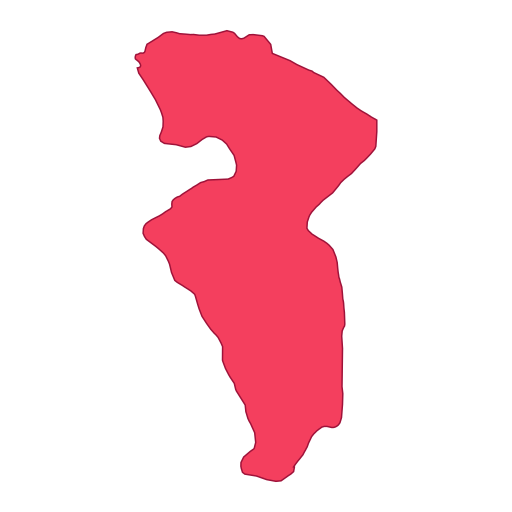 San Miguel Chicaj, Baja Verapaz, Guatemala (orthographic projection)
{"feature_id": "79465075B93573685997449", "entity_name": "San Miguel Chicaj", "entity_type": "district", "adm_level": 2, "iso_a3": "GTM", "parent_name": "Guatemala", "parent_adm1": "Baja Verapaz", "projection": "orthographic", "projection_center": [-90.423, 15.141], "detail": "fine", "context": "isolated", "style": "filled", "palette": "rose", "viewbox_px": 512, "rotation_deg": 0, "n_neighbors": 0, "source": "geoboundaries", "source_scale": "gbopen_adm2", "svg_char_len": 3515}
<svg xmlns="http://www.w3.org/2000/svg" viewBox="0 0 512 512"><path d="M137.3,67.9L138.8,73.2L143.3,79.9L150.4,91.3L155.4,99.6L160.4,109.8L161.5,112.8L162.9,117.2L163.2,121.2L163.0,126.9L161.3,132.1L159.8,135.7L159.5,138.3L160.8,141.2L164.4,143.4L176.2,144.7L185.4,147.2L190.9,146.5L196.8,143.6L202.2,139.4L206.6,136.8L208.9,136.4L216.1,137.0L222.3,140.1L226.7,144.1L229.6,148.8L234.1,155.4L236.0,162.6L236.6,165.2L236.2,171.3L233.8,176.3L232.0,177.4L228.1,179.1L207.8,180.0L204.2,181.6L200.6,182.6L196.6,185.2L193.1,187.2L191.4,188.5L190.0,189.3L182.4,194.2L179.7,196.3L177.3,197.0L175.1,198.3L173.3,199.8L172.1,201.5L171.8,204.1L172.0,206.9L170.5,208.8L165.6,211.7L162.6,213.9L159.3,215.9L155.8,217.6L151.5,219.8L147.8,222.3L146.0,223.7L144.3,226.0L143.4,228.6L143.1,233.3L144.5,236.5L146.3,239.3L155.8,246.4L158.8,248.9L163.4,253.0L165.7,255.8L168.5,261.5L169.5,264.0L170.1,266.4L171.5,272.4L174.8,280.4L177.3,282.4L182.5,285.5L183.8,286.4L185.3,287.4L190.7,290.8L193.5,293.2L194.7,294.3L195.4,296.2L197.8,304.6L199.1,308.8L202.0,316.3L206.6,323.4L210.8,329.3L213.1,331.9L214.2,333.2L215.8,334.7L218.1,337.4L221.1,343.1L222.6,346.6L222.5,360.2L222.9,361.5L223.3,362.6L225.5,368.5L228.7,374.7L229.6,376.2L230.1,377.1L234.3,383.4L235.7,389.4L236.4,391.0L245.2,405.0L245.9,411.8L246.3,413.0L247.9,418.4L249.2,421.2L250.6,423.6L254.7,432.7L255.7,442.5L254.2,448.4L253.7,449.0L250.4,451.3L243.7,457.0L241.0,462.5L240.9,466.3L241.3,468.4L242.5,472.3L244.8,474.1L256.4,476.0L266.7,479.6L275.9,481.3L281.1,480.8L288.4,475.6L290.9,474.0L293.6,471.6L294.4,467.1L293.6,466.9L295.6,464.0L298.1,460.7L299.8,458.7L301.2,456.9L302.9,454.8L303.7,453.2L304.4,451.9L305.5,450.0L306.1,448.8L307.2,446.8L308.5,443.1L311.6,436.6L313.9,433.7L315.4,432.3L316.6,431.0L319.2,429.0L320.8,427.9L321.6,427.2L324.2,426.4L327.0,426.4L331.9,427.5L333.8,427.4L335.4,426.9L336.9,426.1L338.4,424.9L339.9,422.8L340.8,419.9L341.5,417.5L342.5,404.3L342.8,393.7L342.0,386.7L342.5,348.6L341.7,336.1L342.2,330.9L343.0,329.0L343.8,327.2L344.5,326.1L344.8,324.1L344.4,312.5L343.9,308.0L343.6,303.4L343.4,301.7L342.8,299.0L342.4,293.6L341.8,287.1L340.2,281.9L339.9,280.6L339.5,278.9L338.9,277.3L338.6,275.0L338.1,272.0L337.7,268.3L337.2,262.6L335.9,257.0L332.9,249.5L329.1,245.2L326.9,243.3L325.9,242.6L323.9,241.2L318.4,238.2L316.1,236.7L313.6,235.1L312.1,234.2L308.3,230.6L306.9,228.3L307.3,221.9L309.0,216.8L309.8,215.0L311.7,212.1L316.4,206.7L317.4,205.9L319.3,204.2L320.8,202.5L323.1,200.2L332.6,192.9L338.6,185.6L340.7,182.6L344.2,179.2L347.4,176.6L351.5,173.5L356.1,168.5L360.5,163.5L364.3,160.5L366.6,158.2L370.5,154.1L374.8,148.9L375.8,146.4L376.8,131.6L376.8,120.1L371.1,116.9L366.9,114.1L362.8,111.8L360.8,110.6L356.7,107.8L351.4,103.5L346.1,99.0L344.0,97.2L340.6,93.7L336.7,90.1L331.7,84.9L323.8,77.3L313.8,72.6L312.0,71.1L310.7,70.7L308.8,70.1L296.9,64.6L290.1,60.7L272.3,53.4L270.7,44.4L264.1,36.4L263.1,36.0L262.2,35.7L253.2,34.6L249.2,34.8L243.9,38.2L241.6,38.8L239.6,38.5L237.4,36.8L234.5,33.3L232.8,32.2L226.9,30.7L214.6,34.1L211.1,34.4L206.6,35.2L199.1,35.2L193.6,34.5L190.5,34.6L186.2,34.2L179.5,33.7L176.6,32.8L172.1,31.8L166.6,32.3L163.4,33.5L158.2,37.4L147.0,44.3L146.6,45.5L145.9,47.3L145.4,49.4L145.0,51.2L144.4,52.4L143.0,53.2L142.1,53.1L140.7,53.0L139.8,53.2L139.0,53.7L137.8,54.3L137.0,54.4L136.0,54.6L135.5,55.8L135.3,56.5L135.2,57.8L135.4,58.9L136.3,59.7L136.9,60.1L137.4,60.6L138.2,61.2L139.1,62.1L140.1,63.7L140.6,65.1L140.6,66.0L140.0,67.1L138.8,67.6L137.3,67.9Z" fill="#f43f5e" stroke="#9f1239" stroke-width="1.5"/></svg>